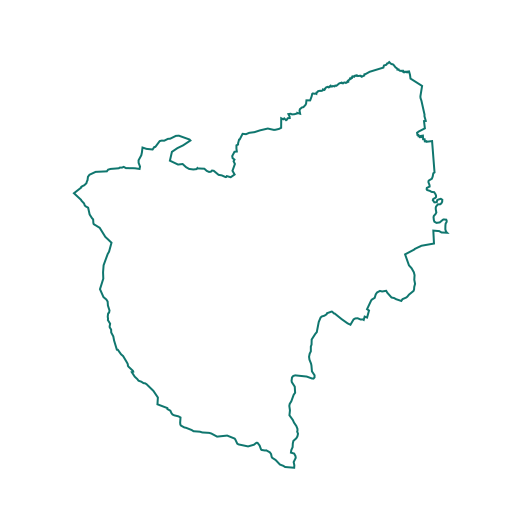 outline of Ditrau, Harghita, Romania, rotated 186°
{"feature_id": "2599482B10116484891151", "entity_name": "Ditrau", "entity_type": "district", "adm_level": 2, "iso_a3": "ROU", "parent_name": "Romania", "parent_adm1": "Harghita", "projection": "orthographic", "projection_center": [25.527, 46.847], "detail": "fine", "context": "isolated", "style": "outline", "palette": "teal", "viewbox_px": 512, "rotation_deg": 186, "n_neighbors": 0, "source": "geoboundaries", "source_scale": "gbopen_adm2", "svg_char_len": 6031}
<svg xmlns="http://www.w3.org/2000/svg" viewBox="0 0 512 512"><g transform="rotate(186 256 256)"><path d="M394.5,329.8L396.9,330.8L398.5,329.9L400.7,329.7L401.6,328.9L409.7,327.4L412.1,326.4L413.2,324.6L424.3,322.9L430.1,319.4L431.4,317.2L431.5,313.6L431.9,312.8L432.3,310.6L434.2,308.4L436.3,307.1L437.1,306.3L437.0,305.8L443.6,299.4L435.9,293.6L435.4,292.8L432.5,290.3L431.6,288.4L430.6,287.6L428.0,286.5L425.8,279.9L423.0,276.4L421.8,275.4L421.2,271.8L420.7,270.7L414.4,267.7L407.9,259.3L401.1,254.1L402.6,244.9L403.7,242.5L406.6,230.9L406.4,223.8L405.5,217.5L407.7,206.7L403.4,199.2L400.3,197.1L398.8,195.2L398.1,191.3L396.0,186.5L396.2,184.3L397.0,183.5L397.1,182.6L397.1,180.0L396.6,178.3L396.6,176.8L394.0,173.4L394.2,170.7L394.0,169.7L392.4,167.7L392.0,164.8L389.5,161.1L388.3,157.1L384.6,148.3L383.6,148.3L379.9,144.1L377.7,142.6L373.0,136.3L372.2,135.0L371.9,133.4L371.1,132.5L366.4,128.9L366.0,128.1L367.4,127.5L364.0,123.3L361.2,121.2L359.8,119.7L356.9,119.0L354.6,117.8L353.0,117.8L351.5,117.1L343.9,111.1L338.8,105.0L338.5,98.2L328.3,95.5L328.1,94.5L325.0,93.2L323.6,90.8L322.4,89.6L320.7,89.0L316.3,88.4L314.2,87.5L314.0,82.2L313.6,80.4L312.9,79.5L309.4,78.0L307.5,77.8L301.8,76.2L299.8,75.2L293.4,75.4L291.0,74.9L284.1,75.2L281.9,74.8L275.8,72.3L265.9,74.4L258.2,72.2L257.5,71.5L255.0,67.4L253.7,66.8L244.0,65.8L238.3,68.1L236.5,69.9L235.7,70.4L234.9,70.3L232.6,67.9L230.8,64.2L230.2,63.7L226.6,63.5L225.5,63.8L221.7,62.2L220.3,60.6L219.4,57.8L218.8,57.0L215.2,55.2L210.4,51.1L207.0,50.2L205.0,49.2L195.9,49.4L196.0,51.9L197.0,55.0L195.4,59.4L195.8,61.1L197.4,63.5L200.7,64.1L200.6,66.7L199.6,69.7L199.8,73.4L199.5,76.0L196.9,78.9L196.0,80.8L195.7,83.0L195.7,83.8L196.7,85.6L196.5,86.5L196.7,88.4L198.1,91.1L200.8,94.3L202.2,96.7L206.1,101.1L206.1,106.0L207.2,110.4L207.0,112.5L205.7,115.2L204.0,122.0L202.8,124.1L203.8,130.1L207.2,134.3L207.6,135.7L207.5,139.0L206.4,140.6L204.5,141.4L193.0,141.4L187.4,140.0L186.0,140.1L185.1,141.4L185.3,143.5L188.3,147.1L189.4,152.8L190.0,154.7L192.0,158.5L192.7,161.3L192.4,164.5L191.5,166.9L192.0,171.7L191.5,173.7L191.9,178.8L188.8,184.9L187.6,186.6L186.7,197.0L185.3,201.6L184.3,202.7L181.7,203.8L179.7,205.4L179.4,206.5L175.1,208.6L174.5,208.6L172.4,207.0L171.7,207.0L164.3,202.2L157.9,198.6L154.9,197.5L152.3,203.2L150.7,204.3L148.4,204.7L145.4,203.8L143.1,204.1L142.2,203.7L141.6,207.1L139.1,206.4L137.9,213.6L140.0,214.7L137.0,223.3L136.4,224.6L133.6,226.8L132.9,230.4L131.8,232.4L129.1,234.2L126.8,233.9L122.9,235.0L121.6,233.2L116.9,228.9L114.2,228.6L112.2,227.7L106.8,226.5L105.8,228.4L102.4,230.3L101.3,231.3L99.8,233.6L95.7,237.7L95.3,239.2L95.4,241.8L94.9,244.9L96.1,248.9L96.3,253.5L97.3,256.3L100.0,260.1L102.9,262.7L107.9,273.2L99.1,279.1L98.9,279.6L92.5,283.5L80.3,287.0L82.3,299.8L76.4,299.9L74.0,298.8L68.4,299.1L69.5,300.0L70.5,302.3L70.8,306.0L70.8,308.0L70.0,309.8L70.0,310.8L70.6,312.0L73.1,312.0L73.9,311.6L76.8,308.6L80.0,307.8L82.2,308.8L82.9,310.4L83.5,313.2L83.3,314.5L81.9,316.4L81.2,318.1L82.1,321.2L82.3,322.7L82.1,324.0L80.6,326.3L78.2,326.7L77.2,327.7L76.5,329.4L76.6,331.4L78.2,332.2L80.6,331.2L81.6,330.5L81.9,328.4L84.2,328.0L86.0,330.0L85.7,331.2L83.7,332.6L83.1,333.5L83.3,335.0L84.1,336.4L85.5,338.1L88.1,338.1L89.8,338.9L92.7,339.5L93.3,340.3L93.2,341.6L90.6,343.2L90.8,344.6L92.2,347.3L92.3,348.5L91.8,349.3L89.2,351.2L88.6,353.4L88.3,356.8L87.2,357.8L92.9,388.7L98.4,387.4L98.6,388.0L100.1,387.7L100.5,389.7L102.0,389.6L102.6,393.2L104.4,392.7L104.1,391.5L105.5,391.3L105.8,392.3L106.9,392.1L107.2,393.4L108.1,393.3L108.7,395.4L107.2,396.8L101.4,400.6L103.0,407.7L101.3,408.1L103.1,412.7L103.2,414.3L107.7,427.7L108.9,430.3L109.2,432.0L108.6,442.5L120.9,448.6L121.8,452.3L123.1,455.6L125.0,455.1L125.1,454.8L124.6,454.9L124.6,454.5L125.0,454.4L126.2,455.0L127.5,454.4L128.6,455.2L128.6,454.4L130.6,455.4L132.0,455.2L133.6,456.0L133.8,456.5L134.8,456.2L134.9,456.7L135.9,457.7L136.8,458.0L139.0,460.3L140.1,461.0L141.2,461.0L142.4,461.6L143.8,462.8L145.1,461.3L145.7,461.2L146.4,459.8L148.7,458.8L149.0,456.7L162.2,451.1L165.9,448.5L167.2,448.0L167.2,446.8L169.3,445.6L170.0,445.9L170.0,445.5L171.4,446.1L173.6,445.6L174.5,446.2L174.9,445.7L175.5,446.0L176.6,445.1L176.9,445.4L177.2,445.2L177.3,444.5L178.8,444.7L179.1,443.3L179.6,443.4L179.9,442.4L180.6,442.1L181.0,442.4L181.3,441.7L181.0,441.6L182.6,440.2L182.4,438.9L183.2,438.5L183.5,438.8L183.9,438.0L184.6,437.6L185.2,438.5L185.1,437.7L186.4,437.8L187.5,436.8L188.6,437.3L188.7,436.9L189.9,437.0L191.3,436.3L193.8,433.7L195.0,433.8L195.6,432.9L197.3,433.1L198.2,432.4L198.7,432.7L199.4,432.5L199.6,432.9L200.3,431.9L200.7,432.2L201.4,431.3L202.6,431.7L204.1,430.8L205.1,428.7L205.5,429.0L205.8,428.4L206.1,428.5L206.8,427.9L207.0,428.1L207.1,427.6L207.8,427.2L208.8,426.9L209.4,427.1L211.5,426.4L212.1,425.3L212.8,425.0L212.9,423.6L213.6,423.9L214.4,423.5L216.5,423.6L217.0,423.2L217.4,420.4L218.4,416.4L222.1,416.1L222.1,412.8L222.6,411.4L224.4,409.0L225.9,408.5L227.7,406.6L227.9,405.1L227.0,402.1L229.7,402.6L229.6,402.2L232.7,401.0L234.9,400.6L236.5,401.1L238.6,400.5L237.2,398.3L236.9,396.7L238.9,396.3L239.7,394.6L240.3,394.2L242.3,395.8L243.2,394.8L245.3,395.6L244.4,386.1L246.4,384.8L250.1,383.5L251.5,383.3L257.6,384.0L265.1,381.4L270.5,379.0L275.6,377.8L278.7,376.1L282.1,376.1L284.4,370.2L285.0,370.0L285.6,366.3L285.5,365.0L287.0,364.0L286.7,360.8L286.0,357.9L288.3,357.4L290.1,352.9L289.5,350.9L287.5,349.6L288.2,347.9L286.6,345.3L288.3,338.3L285.8,334.8L289.4,331.7L293.4,332.4L294.0,331.4L294.5,331.3L298.5,332.6L301.7,332.8L306.9,336.3L308.7,336.4L309.7,335.1L311.5,334.7L313.9,335.5L316.5,337.4L323.2,337.0L323.5,337.3L324.2,336.2L327.4,335.5L331.6,335.6L334.8,337.0L338.6,339.8L343.1,338.8L351.6,341.8L350.5,350.8L345.4,355.1L340.1,358.4L333.3,364.0L334.3,364.9L345.3,367.6L348.2,367.1L353.6,363.7L355.8,363.3L359.3,361.1L361.9,360.9L363.8,360.2L367.5,354.0L368.5,353.8L370.0,351.1L376.2,351.1L380.2,352.0L380.3,346.9L380.6,344.2L382.8,338.9L382.5,336.4L380.7,332.8L380.9,330.4L385.7,330.6L394.5,329.8Z" fill="none" stroke="#0f766e" stroke-width="2"/></g></svg>